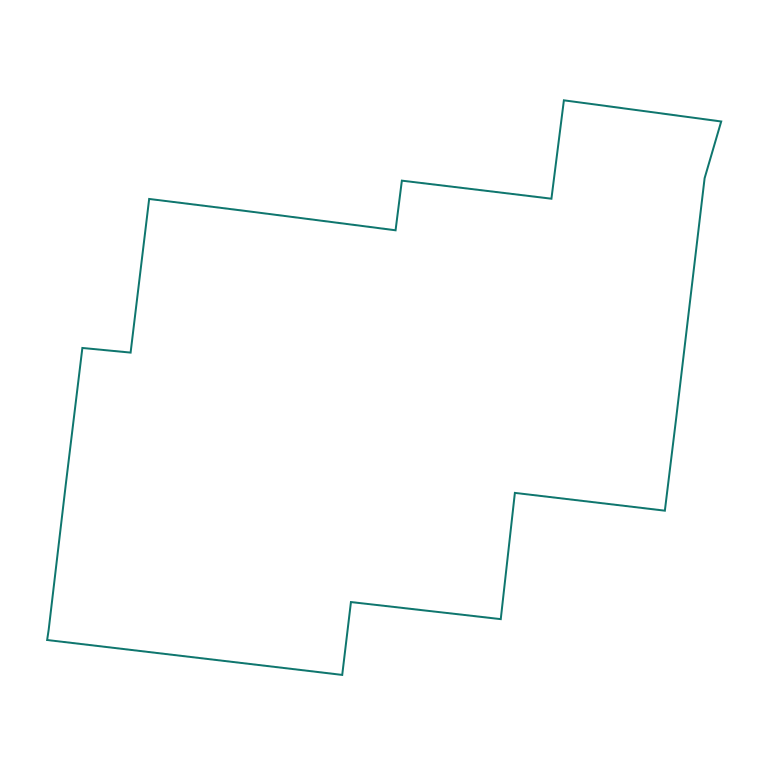 Perry, Ohio, United States of America (orthographic projection), rotated 93°
{"feature_id": "52423323B79068710555574", "entity_name": "Perry", "entity_type": "district", "adm_level": 2, "iso_a3": "USA", "parent_name": "United States of America", "parent_adm1": "Ohio", "projection": "orthographic", "projection_center": [-82.25, 39.74], "detail": "fine", "context": "isolated", "style": "outline", "palette": "teal", "viewbox_px": 768, "rotation_deg": 93, "n_neighbors": 0, "source": "geoboundaries", "source_scale": "gbopen_adm2", "svg_char_len": 412}
<svg xmlns="http://www.w3.org/2000/svg" viewBox="0 0 768 768"><g transform="rotate(93 384 384)"><path d="M218.6,529.2L211.5,628.2L365.9,638.7L363.8,687.1L500.6,696.5L646.9,706.0L657.3,707.0L676.7,410.5L603.5,405.6L608.0,332.0L612.7,255.1L485.9,247.6L495.8,96.9L402.4,90.4L161.7,74.6L104.2,61.0L91.3,219.2L190.2,226.5L180.0,376.8L229.9,380.5L218.6,529.2Z" fill="none" stroke="#0f766e" stroke-width="2"/></g></svg>